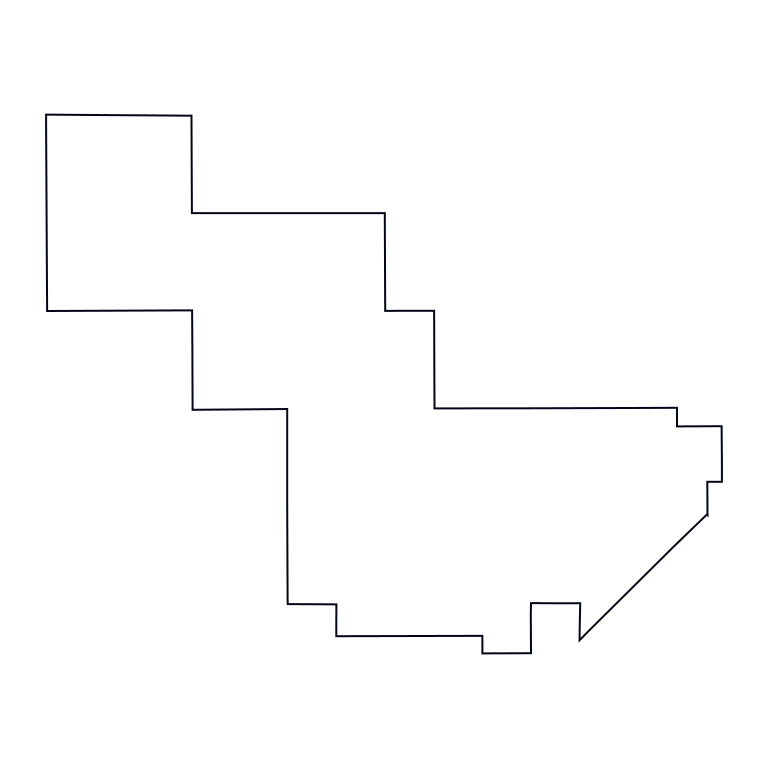 the district of Sargento Cabral, Chaco, Argentina
{"feature_id": "61730980B7894377458839", "entity_name": "Sargento Cabral", "entity_type": "district", "adm_level": 2, "iso_a3": "ARG", "parent_name": "Argentina", "parent_adm1": "Chaco", "projection": "albers", "projection_center": [-59.491, -26.781], "detail": "fine", "context": "isolated", "style": "outline", "palette": "ink", "viewbox_px": 768, "rotation_deg": 0, "n_neighbors": 0, "source": "geoboundaries", "source_scale": "gbopen_adm2", "svg_char_len": 1008}
<svg xmlns="http://www.w3.org/2000/svg" viewBox="0 0 768 768"><path d="M336.3,636.2L464.0,635.9L464.9,635.9L482.3,635.9L482.4,641.0L482.4,647.0L482.4,653.4L531.0,653.2L530.8,615.1L531.0,603.1L562.1,603.3L580.2,603.2L580.2,603.4L579.7,628.6L579.6,640.2L589.5,630.1L612.8,607.0L672.2,548.1L673.5,546.8L706.9,514.5L707.5,515.1L707.3,481.8L721.9,481.8L721.9,458.2L721.6,426.2L717.0,426.2L701.0,426.3L677.0,426.4L677.0,407.8L628.9,408.0L627.9,408.0L529.6,408.3L435.1,408.4L434.5,408.4L434.3,362.3L434.2,327.6L434.1,310.8L428.8,310.8L400.2,310.8L385.2,310.9L384.8,216.0L384.8,213.1L192.4,213.1L191.9,213.1L191.5,120.5L191.5,115.7L189.3,115.7L167.0,115.5L94.5,115.0L55.5,114.7L46.1,114.6L46.1,127.0L47.1,306.6L47.1,311.0L47.8,311.0L179.8,310.4L190.5,310.4L192.1,310.4L192.3,339.6L192.4,355.5L192.4,359.0L192.4,359.4L192.4,360.6L192.6,409.8L287.2,409.0L287.2,505.5L287.2,505.9L287.4,552.9L287.6,597.8L287.7,604.1L325.9,604.3L336.4,604.4L336.3,620.5L336.3,636.2Z" fill="none" stroke="#020617" stroke-width="2"/></svg>